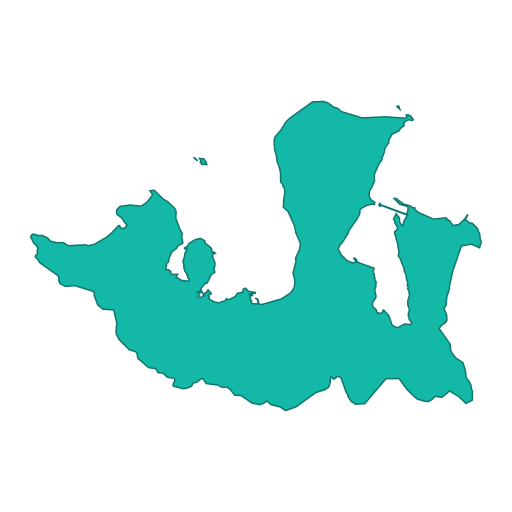 the district of Grundarfjarðarbær, Vesturland, Iceland
{"feature_id": "244011B76246482597042", "entity_name": "Grundarfjarðarbær", "entity_type": "district", "adm_level": 2, "iso_a3": "ISL", "parent_name": "Iceland", "parent_adm1": "Vesturland", "projection": "orthographic", "projection_center": [-23.233, 64.943], "detail": "fine", "context": "isolated", "style": "filled", "palette": "teal", "viewbox_px": 512, "rotation_deg": 0, "n_neighbors": 0, "source": "geoboundaries", "source_scale": "gbopen_adm2", "svg_char_len": 6103}
<svg xmlns="http://www.w3.org/2000/svg" viewBox="0 0 512 512"><path d="M479.6,247.8L481.3,241.8L480.3,239.3L479.6,233.6L478.2,231.1L477.6,228.7L472.5,223.4L469.3,222.8L466.2,220.2L464.8,220.2L465.4,219.2L464.8,218.8L458.9,224.5L452.9,225.5L449.6,220.6L447.4,219.7L446.2,217.8L433.5,219.1L418.5,212.5L415.0,209.5L414.7,207.7L412.7,207.8L409.8,205.7L404.0,204.3L395.9,198.3L394.1,198.5L399.8,204.3L407.7,206.5L408.1,208.1L407.9,210.4L407.0,213.3L407.5,214.6L379.7,204.4L380.3,203.5L379.9,203.3L379.0,205.7L379.6,205.9L379.3,205.0L382.8,206.0L407.4,215.2L404.1,220.7L402.8,225.9L399.7,222.6L399.3,217.7L396.1,213.7L393.5,219.1L394.8,221.1L394.9,222.9L397.4,227.2L397.3,229.4L394.7,231.8L394.6,234.1L395.7,235.6L396.2,239.6L396.9,240.7L398.1,246.4L398.1,248.3L399.0,250.8L398.3,256.0L400.3,258.8L402.9,266.0L404.0,267.6L404.1,270.5L406.3,275.9L406.4,278.7L407.4,281.7L407.7,284.2L407.3,285.5L408.2,287.0L407.6,288.9L408.8,290.7L409.5,295.5L407.9,300.4L407.7,302.7L408.0,306.0L409.0,307.9L409.4,310.4L408.4,313.3L408.3,316.2L409.0,317.5L409.2,319.4L411.6,322.2L410.7,324.6L404.6,324.0L397.9,327.6L396.0,327.3L392.2,325.3L388.7,315.5L383.7,310.0L382.8,310.5L383.0,311.6L382.6,312.2L379.3,313.8L378.4,312.8L377.0,313.1L376.5,310.1L373.0,306.9L372.4,304.4L372.8,302.0L375.7,297.9L376.0,296.1L374.7,289.8L375.7,287.2L376.1,281.9L375.0,279.9L374.2,274.2L373.0,272.2L374.0,268.2L358.9,262.8L356.7,261.3L356.4,259.6L354.9,258.1L353.8,258.3L355.6,260.9L355.8,262.3L352.3,262.8L347.0,260.6L341.1,254.7L338.2,248.8L340.0,244.9L342.9,241.7L347.9,233.7L349.1,230.3L357.4,218.4L359.7,213.9L360.0,210.2L360.7,208.8L366.5,205.4L372.7,204.0L374.5,204.5L374.8,202.3L370.9,199.6L369.5,197.0L369.1,194.3L369.7,190.4L371.4,188.1L374.6,180.8L374.2,177.4L374.6,173.5L379.2,163.5L381.9,159.8L382.0,158.2L384.0,153.0L385.2,147.7L388.6,143.0L388.9,142.1L388.6,140.5L392.1,134.2L398.9,130.9L401.0,127.9L404.1,125.9L403.6,123.7L405.2,121.4L409.1,119.6L411.9,120.6L413.3,119.7L410.9,116.3L408.0,114.7L406.2,114.9L407.0,116.7L405.1,118.2L385.3,116.8L362.1,117.9L341.1,111.5L337.9,108.4L333.9,107.3L327.6,102.7L323.3,101.4L312.4,101.9L289.4,118.5L285.8,122.2L280.8,130.2L275.1,136.7L274.3,139.5L274.1,144.7L274.7,145.5L274.4,148.1L274.8,150.4L276.2,154.7L277.1,161.6L279.1,166.5L280.5,172.5L280.6,182.1L282.5,184.1L283.1,186.4L284.1,187.5L284.7,190.5L284.8,193.4L283.9,198.1L283.3,207.1L288.0,211.4L294.4,225.8L296.1,233.5L300.2,242.8L300.3,245.4L299.0,250.9L295.6,257.9L295.9,261.3L293.0,273.1L294.9,280.4L294.4,286.7L292.8,290.0L290.2,293.1L281.5,298.9L261.9,304.5L259.4,304.3L258.7,303.5L258.0,299.4L255.1,298.1L257.6,299.8L258.1,303.1L256.9,303.9L252.2,303.7L251.4,303.0L251.7,301.1L250.5,299.9L250.8,298.8L249.6,296.2L252.9,295.4L250.4,295.6L250.1,294.9L251.3,294.7L250.0,294.0L255.1,293.4L255.4,292.5L248.1,291.2L245.7,288.2L243.5,288.9L242.5,292.4L237.5,293.2L235.0,296.6L229.5,299.4L226.9,299.4L226.3,297.9L226.5,299.4L224.8,300.8L218.5,302.9L214.1,301.8L209.1,299.0L209.4,297.2L208.1,295.4L211.0,294.1L211.1,293.2L208.1,289.9L206.0,292.6L203.4,294.0L204.5,295.8L203.0,295.8L200.9,297.5L198.3,296.8L198.1,295.7L199.2,294.9L200.1,292.8L197.4,292.2L200.6,291.1L203.2,293.7L201.5,291.1L201.1,288.4L204.5,284.0L207.1,283.1L211.5,274.3L214.9,272.2L214.0,269.2L215.0,264.9L214.9,262.5L212.4,256.2L212.8,254.5L215.4,253.2L213.4,251.8L211.6,252.4L211.8,249.3L210.7,247.6L204.7,242.7L205.0,240.9L200.7,238.5L195.5,239.5L189.0,243.4L187.3,246.3L184.5,248.0L184.6,248.8L187.1,249.1L184.8,253.6L184.7,255.9L182.9,261.8L184.1,264.9L183.5,265.9L184.2,267.3L183.9,268.7L184.6,269.3L184.9,271.4L186.8,273.4L186.7,274.7L187.7,275.9L187.7,277.5L189.2,279.4L188.8,281.2L181.8,280.5L176.2,277.1L177.5,274.2L172.9,274.5L170.4,273.5L170.9,271.8L168.7,269.8L165.6,269.7L166.6,264.6L166.4,263.2L168.4,262.1L169.3,257.6L172.1,251.6L176.5,248.4L177.9,245.8L182.7,243.3L182.7,241.6L181.7,237.3L182.2,233.1L180.3,230.1L176.2,219.5L175.8,218.1L176.1,211.6L174.6,208.2L167.6,201.7L163.0,198.9L154.1,190.2L149.9,190.9L152.7,194.7L147.3,201.9L141.2,206.2L130.1,205.0L120.0,206.4L116.8,209.7L116.5,211.4L116.9,214.3L122.3,218.4L123.9,221.5L127.0,225.0L124.2,228.6L120.2,227.8L119.7,225.6L118.2,225.8L111.5,233.1L106.1,237.5L94.4,244.3L88.0,245.8L85.8,244.8L68.4,245.7L63.4,242.7L56.5,242.6L50.5,241.2L47.7,238.1L42.2,235.4L38.9,235.6L33.1,234.0L31.1,235.6L30.7,237.0L34.1,243.8L36.6,245.3L36.5,246.2L38.0,247.5L37.1,251.3L37.5,252.8L37.3,254.1L35.6,255.4L35.2,257.1L37.5,259.0L39.7,262.7L57.8,275.5L58.7,277.2L59.0,281.5L60.1,283.7L65.4,286.4L74.7,285.6L91.8,290.9L94.4,292.5L94.2,295.6L97.8,305.0L103.0,309.2L113.7,309.9L116.8,323.2L116.0,332.0L116.4,334.2L119.2,339.6L129.3,349.8L136.0,351.8L137.0,353.5L137.8,358.3L148.6,367.6L155.6,368.6L158.3,372.8L162.8,373.0L167.6,377.4L173.6,378.1L174.8,379.2L174.8,380.4L173.1,384.3L173.5,386.3L183.7,388.8L188.1,387.8L191.6,386.1L193.3,383.0L197.0,382.2L200.9,378.8L202.8,378.6L206.3,383.6L217.6,385.0L221.9,387.2L226.7,387.1L230.3,389.4L234.7,395.3L241.0,395.5L252.2,403.2L260.0,404.7L264.1,403.1L266.8,400.8L270.8,404.6L280.0,406.9L285.7,410.6L296.1,406.8L315.8,392.6L325.0,389.7L328.7,387.1L329.4,385.5L330.1,382.8L330.8,376.6L333.9,379.2L337.9,376.1L341.0,377.9L346.5,393.1L347.7,394.3L347.9,396.2L349.2,398.6L351.6,401.7L355.6,404.2L364.7,403.7L386.0,378.7L399.1,378.6L407.0,389.5L414.1,396.5L417.2,399.0L423.0,400.8L428.1,401.6L431.5,399.9L435.1,396.3L441.8,397.4L449.5,391.0L458.8,396.6L466.0,403.4L472.4,400.1L472.4,391.2L471.6,389.6L470.9,385.1L468.9,381.0L466.3,378.0L465.3,370.4L463.1,362.9L455.7,357.8L452.5,353.8L450.7,350.8L450.3,344.4L439.0,328.4L441.4,325.5L445.3,322.7L446.9,320.3L446.6,315.0L444.0,308.4L446.1,305.2L446.8,296.9L448.8,290.9L450.1,282.8L452.9,270.6L461.4,246.0L471.3,244.1L479.6,247.8ZM203.8,158.8L199.5,158.4L200.9,160.7L200.4,162.6L201.0,162.5L201.7,164.4L206.8,164.6L205.8,161.7L203.8,158.8ZM398.7,106.0L397.1,106.3L396.9,106.6L399.8,109.2L398.7,106.0ZM467.2,215.0L465.4,218.1L465.9,218.4L467.7,215.2L467.2,215.0ZM196.0,159.2L194.8,157.9L194.3,157.9L195.4,159.2L196.0,159.2ZM197.7,160.6L196.9,159.9L196.0,160.0L197.7,160.6Z" fill="#14b8a6" stroke="#0f766e" stroke-width="1.5"/></svg>